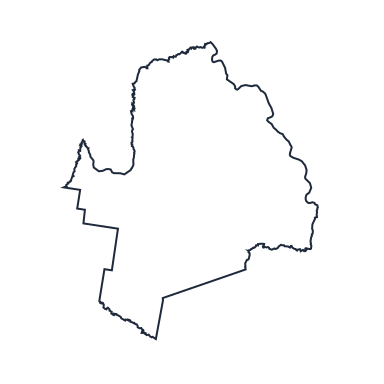 Lusangazi, Eastern, Zambia, rotated 99°
{"feature_id": "96606910B89827390447979", "entity_name": "Lusangazi", "entity_type": "district", "adm_level": 2, "iso_a3": "ZMB", "parent_name": "Zambia", "parent_adm1": "Eastern", "projection": "mercator", "projection_center": [31.454, -13.775], "detail": "fine", "context": "isolated", "style": "outline", "palette": "slate", "viewbox_px": 384, "rotation_deg": 99, "n_neighbors": 0, "source": "geoboundaries", "source_scale": "gbopen_adm2", "svg_char_len": 5958}
<svg xmlns="http://www.w3.org/2000/svg" viewBox="0 0 384 384"><g transform="rotate(99 192 192)"><path d="M51.3,189.3L48.7,189.4L46.6,190.9L42.8,194.7L41.1,197.1L42.3,198.6L42.7,200.2L43.7,200.7L43.7,202.2L44.3,202.2L44.7,201.8L46.2,202.8L47.0,202.1L47.5,202.2L47.3,202.9L48.0,204.5L47.5,206.2L48.2,207.7L47.6,210.1L48.6,210.8L49.9,211.0L50.3,212.3L49.9,212.7L49.1,212.3L48.7,212.9L49.2,214.4L50.4,215.1L49.5,215.8L49.6,216.1L51.4,217.1L52.4,218.8L52.9,218.6L52.6,217.9L52.9,217.7L54.5,217.9L54.8,218.4L54.5,219.1L54.7,219.6L56.2,219.4L56.4,220.3L55.8,221.3L56.0,222.4L55.0,223.1L54.9,223.7L57.3,225.4L58.0,226.3L57.9,227.2L58.8,227.9L59.3,228.9L60.9,229.2L61.1,230.5L60.7,231.3L62.1,231.7L61.6,232.4L62.0,233.0L62.1,235.1L63.1,235.8L64.2,235.3L65.2,236.0L66.9,235.5L66.9,236.1L66.1,236.5L65.6,242.3L66.1,245.2L67.3,246.8L66.6,248.3L67.0,249.1L66.9,250.0L68.8,251.8L70.0,252.2L70.7,253.4L73.6,254.7L74.2,256.0L76.8,255.4L76.9,256.0L75.7,258.1L77.0,261.8L79.7,263.3L80.8,262.9L84.4,263.8L91.3,264.2L91.9,265.0L93.7,265.8L94.3,267.5L96.9,266.1L98.2,264.9L99.3,264.9L99.9,264.3L100.4,264.8L100.0,265.6L100.5,266.4L101.7,265.3L103.1,264.6L103.5,265.1L104.1,265.0L104.6,264.3L104.9,264.5L104.2,265.3L104.5,266.0L105.4,266.2L105.9,265.5L107.4,265.4L107.7,264.0L108.1,264.4L109.0,263.4L110.5,264.3L112.8,263.2L114.1,263.8L114.7,263.7L113.9,264.9L115.2,264.9L115.8,264.0L116.0,262.8L116.4,262.6L117.2,263.3L118.3,261.8L118.8,261.9L118.7,262.7L119.9,262.2L119.2,263.7L120.7,263.9L121.6,263.5L121.8,264.9L124.3,263.9L126.1,262.3L127.7,261.8L128.2,261.8L128.3,262.2L129.1,262.0L129.3,262.5L130.4,262.1L131.4,262.4L132.4,262.1L135.5,262.3L139.3,260.1L140.3,260.7L141.9,260.7L143.9,259.6L146.9,259.4L147.3,259.8L147.7,259.2L150.2,259.1L150.6,258.8L152.1,258.8L152.6,259.5L153.5,259.3L154.3,259.1L154.4,258.4L156.1,258.5L156.3,257.6L157.4,256.8L159.0,256.3L159.8,255.4L161.2,255.0L161.9,255.4L163.3,254.8L163.9,255.1L166.9,254.8L169.2,255.1L174.3,254.1L177.7,255.0L178.1,255.5L179.9,256.0L185.2,261.6L184.7,265.7L185.6,272.2L185.0,274.0L182.5,275.8L182.4,278.1L182.8,280.2L185.0,283.4L186.1,287.2L183.2,292.8L180.3,293.9L177.6,293.9L176.1,294.4L173.0,297.9L171.0,298.4L168.9,300.1L167.7,300.3L166.1,301.3L164.9,301.1L164.7,302.3L163.6,303.3L163.5,304.0L162.6,304.2L162.1,305.2L161.3,305.0L161.4,305.5L159.9,305.8L159.6,306.3L159.3,306.1L158.8,307.0L158.6,306.8L158.4,307.5L157.6,307.9L158.0,308.2L158.8,307.6L160.3,308.8L162.0,308.8L162.3,309.7L163.1,309.8L162.6,308.7L163.8,309.2L164.1,308.3L165.8,309.2L168.8,308.9L168.6,310.3L170.5,310.2L170.7,310.5L171.3,310.0L172.1,309.9L173.7,308.2L174.8,308.9L174.9,308.4L175.7,308.7L175.9,308.2L175.5,308.0L175.9,307.6L177.2,308.2L177.0,308.9L177.6,308.9L177.5,309.3L178.3,309.1L178.6,309.6L179.6,309.8L179.8,310.7L180.4,311.0L180.5,310.3L181.5,310.6L182.0,310.0L183.0,310.8L184.7,310.4L186.1,311.3L188.0,311.8L190.0,311.2L191.0,312.1L194.3,312.5L194.8,311.5L196.0,312.8L200.5,313.5L200.8,313.9L200.5,314.1L202.0,315.1L202.3,316.1L203.1,315.7L204.6,317.3L205.6,317.3L205.9,316.9L207.5,319.4L207.4,302.8L226.3,302.8L226.3,295.0L240.0,294.3L239.8,259.4L281.9,258.9L281.9,266.4L314.2,266.5L314.8,266.0L314.8,265.5L315.9,265.3L316.1,264.7L315.5,264.7L316.0,263.3L315.4,263.2L315.5,262.6L317.4,261.4L320.0,261.4L321.1,259.4L321.3,258.2L320.1,257.7L319.4,258.2L319.7,257.8L319.4,257.1L320.8,255.1L322.1,254.9L322.9,252.6L324.6,252.7L325.2,251.4L324.9,250.6L325.2,250.4L325.5,250.8L325.8,250.3L325.9,249.8L325.5,249.5L324.8,249.3L324.4,249.6L324.4,247.5L325.1,247.3L325.7,244.6L326.7,242.7L327.8,242.1L329.4,238.0L328.6,237.8L328.8,237.4L328.1,236.2L329.0,234.6L328.8,234.2L328.1,234.4L328.2,233.5L328.6,232.8L329.8,232.6L330.1,230.4L330.7,229.1L330.3,228.6L331.4,227.2L331.3,226.0L333.0,224.6L334.1,224.5L334.8,222.4L334.3,220.8L335.5,219.8L335.9,218.6L336.3,218.4L336.5,219.3L339.1,219.7L339.0,219.0L337.9,218.9L337.9,218.1L339.2,216.8L338.6,216.2L338.8,215.6L339.6,215.6L340.4,214.5L339.7,212.4L341.3,210.7L341.8,209.0L341.2,208.3L342.9,204.7L303.6,203.7L301.3,204.3L260.1,126.9L257.7,127.8L257.5,127.5L254.1,128.3L250.4,127.1L250.1,126.1L249.3,125.5L245.2,125.2L243.4,125.5L242.8,126.7L241.6,126.6L241.3,127.1L241.3,126.6L240.7,126.6L240.0,125.2L238.9,124.6L238.8,123.9L237.5,122.9L237.6,122.3L237.1,122.0L236.9,121.3L235.4,120.3L234.7,120.4L234.3,119.3L234.4,118.5L233.1,118.6L232.2,115.2L232.0,112.6L232.8,112.6L234.8,113.5L235.6,113.1L235.7,112.4L234.8,111.6L235.1,109.9L234.5,108.3L235.0,107.3L236.0,106.7L236.5,104.1L234.9,101.9L235.3,100.6L234.4,99.2L233.4,98.2L232.4,98.0L230.2,95.8L230.5,94.8L230.2,92.8L231.1,92.1L230.8,88.5L231.6,86.6L229.8,85.9L229.7,85.2L231.2,84.2L232.1,82.3L232.1,80.7L232.9,80.1L233.4,79.1L232.3,78.4L231.6,76.4L233.5,75.3L231.8,73.5L232.0,72.9L232.9,72.0L232.6,70.7L231.3,70.0L230.7,71.2L230.1,71.2L229.7,70.8L230.0,66.9L229.8,66.0L229.3,65.6L226.4,65.7L225.3,66.6L224.1,66.4L222.6,67.2L217.8,67.2L216.7,66.7L215.2,67.1L214.3,66.3L210.9,66.7L209.6,67.6L205.1,68.0L199.2,66.3L198.1,66.6L197.2,64.6L194.7,65.4L192.3,65.3L191.1,65.9L189.4,65.5L188.3,65.7L187.6,65.3L185.5,66.1L184.9,68.5L183.6,69.3L183.3,71.5L184.2,73.1L184.6,75.1L184.3,76.1L183.0,77.8L181.6,78.5L180.0,78.9L176.7,78.5L174.3,76.1L169.2,74.9L164.8,76.9L161.0,82.2L159.2,82.7L156.0,82.1L152.5,82.2L148.1,84.4L144.4,88.4L143.3,91.4L142.3,97.5L141.0,100.6L139.9,101.2L138.2,101.3L132.5,100.5L131.0,101.2L130.3,102.1L127.1,104.2L125.4,107.0L122.6,110.1L120.7,111.4L120.1,114.3L118.9,116.8L117.3,118.7L115.9,121.2L112.4,124.0L110.6,127.6L109.4,129.0L107.4,128.7L105.4,125.3L104.4,124.4L102.2,124.0L96.6,126.7L92.3,130.1L83.9,134.7L83.0,135.7L81.7,137.8L81.2,139.8L77.8,142.8L76.7,144.3L76.7,145.4L77.1,147.5L77.8,148.4L78.2,149.9L78.0,155.9L79.7,159.9L83.0,162.4L83.8,163.3L83.7,164.2L82.9,165.6L81.0,165.9L78.9,167.6L75.3,175.2L71.1,175.3L69.8,176.8L64.3,178.7L58.3,182.9L57.7,184.3L58.0,186.1L60.4,190.8L60.0,192.1L58.3,192.9L55.7,193.1L54.2,192.6L53.4,191.9L52.6,190.5L51.3,189.3Z" fill="none" stroke="#1e293b" stroke-width="2"/></g></svg>